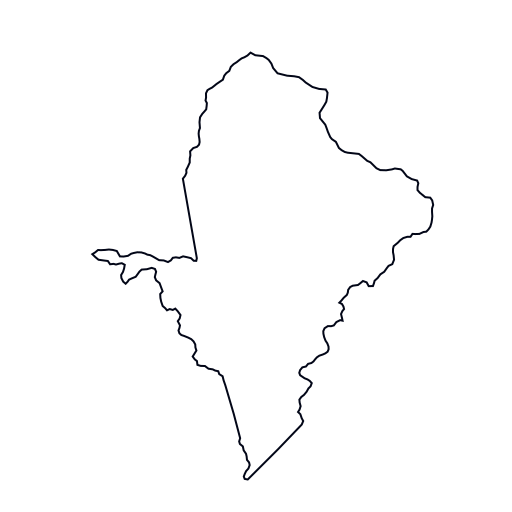 the district of Novo Oriente, Ceará, Brazil, rotated 134°
{"feature_id": "56859067B35881063339483", "entity_name": "Novo Oriente", "entity_type": "district", "adm_level": 2, "iso_a3": "BRA", "parent_name": "Brazil", "parent_adm1": "Ceará", "projection": "albers", "projection_center": [-40.749, -5.598], "detail": "fine", "context": "isolated", "style": "outline", "palette": "ink", "viewbox_px": 512, "rotation_deg": 134, "n_neighbors": 0, "source": "geoboundaries", "source_scale": "gbopen_adm2", "svg_char_len": 3993}
<svg xmlns="http://www.w3.org/2000/svg" viewBox="0 0 512 512"><g transform="rotate(134 256 256)"><path d="M113.5,401.2L117.7,401.4L121.1,402.4L123.8,403.6L126.6,404.1L129.9,404.5L133.6,405.4L137.4,405.5L141.4,403.8L145.1,404.4L148.3,404.1L152.2,402.3L155.4,403.0L159.8,403.9L162.4,404.2L165.4,404.6L168.0,405.5L170.4,406.1L173.7,405.0L176.7,402.0L179.2,400.3L180.1,397.6L182.4,395.7L185.1,393.7L188.1,393.5L191.0,393.4L195.1,392.6L199.0,389.6L202.9,385.2L205.6,384.0L207.8,382.3L209.6,380.2L211.1,378.1L213.2,375.7L215.5,374.3L218.5,374.3L221.9,376.1L226.5,376.1L229.2,373.1L232.0,371.3L234.8,368.6L239.2,367.0L242.5,366.0L244.5,363.8L247.5,362.7L251.2,362.3L298.7,297.0L301.0,295.6L302.7,297.5L302.7,301.2L304.6,304.5L306.9,308.2L310.6,309.8L312.6,312.7L315.1,314.6L318.3,314.2L321.5,315.1L323.3,319.3L326.3,322.8L327.2,326.5L328.1,330.1L328.9,332.7L330.5,335.1L331.3,337.6L333.1,341.0L335.8,344.0L338.7,346.0L341.1,347.4L344.8,348.2L348.4,350.9L350.8,353.6L349.1,359.6L351.1,363.2L353.5,366.3L356.5,368.8L359.6,371.7L361.4,373.8L365.1,374.2L368.4,375.0L368.4,370.8L368.1,366.7L364.9,362.3L362.5,359.1L363.3,355.2L360.6,353.0L359.4,350.8L356.4,349.0L354.4,347.5L353.5,344.3L356.8,342.1L359.9,340.6L363.4,339.8L365.4,337.5L366.7,333.7L366.5,330.5L363.7,330.5L361.2,330.9L358.4,329.8L354.5,328.1L350.8,328.6L348.2,329.0L345.2,328.8L341.3,325.3L337.0,322.8L335.5,319.7L336.7,316.9L339.2,315.5L341.5,314.1L342.9,310.9L342.5,306.5L344.3,302.8L346.3,298.6L349.9,298.5L352.6,295.6L354.7,292.5L356.8,288.4L356.6,285.1L356.9,282.3L354.1,281.2L352.6,278.4L349.9,277.5L350.1,274.0L350.9,269.3L354.0,267.5L357.2,267.0L358.7,262.5L360.9,261.1L363.4,260.0L364.8,257.4L364.7,254.8L363.5,252.3L361.8,248.1L360.8,244.8L360.8,241.6L361.8,238.3L363.9,236.0L365.4,233.2L368.7,232.5L372.3,231.7L372.9,228.2L372.6,225.5L375.0,222.5L373.5,219.5L370.6,216.3L370.1,211.9L367.6,208.4L366.8,205.8L365.1,203.1L366.5,200.4L365.7,196.5L367.9,193.0L370.4,188.1L385.0,162.4L398.1,140.8L401.1,139.3L402.4,137.0L402.1,133.2L404.4,129.8L405.2,125.8L406.7,123.5L408.9,120.9L409.3,117.6L410.8,115.3L414.2,113.8L417.6,113.7L420.6,112.7L423.1,111.6L424.2,109.3L422.5,106.7L379.2,105.9L345.5,106.0L341.9,107.4L341.0,110.3L339.0,114.2L339.0,117.4L336.2,118.0L333.0,119.6L331.1,122.8L329.2,125.0L326.0,125.5L322.6,125.0L318.5,125.3L314.8,126.3L311.9,126.2L308.7,127.6L308.5,130.6L309.0,133.2L310.2,136.1L310.6,138.5L311.1,141.4L310.0,143.7L307.5,145.0L303.9,145.3L300.8,143.3L297.4,143.6L294.5,141.8L291.9,141.4L289.3,141.7L286.6,141.8L283.7,141.2L280.4,139.5L277.9,138.5L275.1,138.0L272.6,139.0L270.8,140.9L269.3,144.0L268.6,147.2L267.0,150.6L265.1,153.5L263.3,155.4L260.3,156.5L256.5,155.6L254.3,153.2L251.9,151.8L247.7,152.3L243.7,150.9L242.4,148.8L240.7,151.3L238.7,154.5L235.7,155.6L233.0,155.8L231.6,158.0L230.8,160.8L231.7,163.6L228.9,163.6L225.0,163.9L220.9,163.6L218.6,164.5L216.3,166.2L212.9,166.7L210.2,165.8L206.0,162.5L203.4,162.1L199.7,161.7L198.1,158.1L199.4,154.0L196.4,151.0L193.7,152.2L191.4,153.5L187.4,153.2L182.8,153.8L178.3,152.8L173.8,153.5L171.0,153.8L167.2,152.3L162.8,154.1L159.9,157.5L158.1,160.1L155.8,162.3L153.3,163.8L147.9,163.2L144.4,163.2L140.7,162.5L137.1,160.5L134.9,158.2L131.4,158.8L129.5,156.6L126.6,153.8L122.4,152.2L120.2,150.4L117.1,150.4L113.8,151.0L110.1,152.9L107.8,154.5L105.0,156.7L102.0,160.0L99.5,162.4L96.2,164.0L93.6,167.9L93.0,171.2L96.1,175.1L96.7,182.0L96.4,185.6L94.1,187.8L90.9,189.8L89.8,192.5L92.5,197.4L93.9,202.8L92.9,209.6L93.1,212.1L96.6,216.9L99.3,218.4L103.9,221.9L107.9,226.3L109.2,230.3L109.1,238.8L110.3,242.1L110.7,249.6L111.1,252.9L118.0,261.8L119.5,264.4L120.4,267.9L120.7,271.4L118.4,277.8L119.2,282.6L118.9,285.2L116.7,290.6L114.8,294.4L113.4,297.4L112.4,305.7L108.8,309.8L100.1,311.6L96.2,312.6L93.2,314.6L88.8,318.0L87.8,321.5L92.0,326.7L95.2,332.8L96.7,340.8L96.8,344.6L97.5,349.3L100.2,353.4L104.7,358.9L109.6,367.4L108.9,374.2L106.9,378.6L106.1,383.1L106.4,386.0L107.3,389.8L112.1,396.0L113.5,401.2Z" fill="none" stroke="#020617" stroke-width="2"/></g></svg>